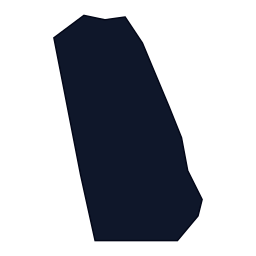 map outline of Bukomansimbi (Mercator projection)
{"feature_id": "UGA-5619", "entity_name": "Bukomansimbi", "entity_type": "District", "adm_level": 1, "iso_a3": "UGA", "parent_name": "Uganda", "parent_adm1": "", "projection": "mercator", "projection_center": [31.658, -0.106], "detail": "fine", "context": "isolated", "style": "filled", "palette": "ink", "viewbox_px": 256, "rotation_deg": 0, "n_neighbors": 0, "source": "natural_earth", "source_scale": "10m", "svg_char_len": 311}
<svg xmlns="http://www.w3.org/2000/svg" viewBox="0 0 256 256"><path d="M95.1,240.6L80.6,174.8L64.2,90.4L53.9,37.8L83.9,15.4L104.8,19.8L125.1,17.0L142.4,43.0L152.7,67.7L169.1,106.8L181.5,137.7L187.7,170.7L202.1,199.5L198.0,215.9L177.4,240.6L95.1,240.6Z" fill="#0f172a" stroke="#020617" stroke-width="1.5"/></svg>